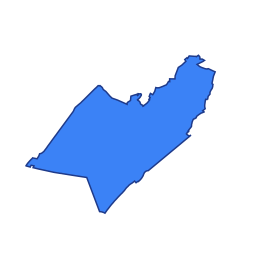 Son en Breugel, Noord-Brabant, Netherlands, rotated 321°
{"feature_id": "6326949B33588539709853", "entity_name": "Son en Breugel", "entity_type": "district", "adm_level": 2, "iso_a3": "NLD", "parent_name": "Netherlands", "parent_adm1": "Noord-Brabant", "projection": "natural_earth1", "projection_center": [5.494, 51.518], "detail": "fine", "context": "isolated", "style": "filled", "palette": "blue", "viewbox_px": 256, "rotation_deg": 321, "n_neighbors": 0, "source": "geoboundaries", "source_scale": "gbopen_adm2", "svg_char_len": 5388}
<svg xmlns="http://www.w3.org/2000/svg" viewBox="0 0 256 256"><g transform="rotate(321 128 128)"><path d="M56.5,179.7L57.5,179.4L59.9,178.7L62.2,178.2L64.6,177.6L66.9,177.1L69.3,176.7L71.7,176.2L74.1,175.9L76.5,175.5L78.9,175.2L81.4,174.9L83.1,174.8L83.3,174.7L85.4,174.4L85.9,174.3L86.4,174.2L87.0,174.0L88.6,173.6L89.3,173.5L90.0,173.4L90.5,173.4L91.6,173.3L92.4,173.1L93.6,173.1L94.2,173.1L94.5,173.1L95.3,173.2L96.7,173.4L99.7,173.4L99.8,175.6L100.6,175.6L102.4,175.8L102.4,176.1L103.1,176.1L103.7,176.1L104.4,176.0L105.0,176.0L105.3,175.9L106.0,175.8L106.3,175.7L106.9,175.6L107.5,175.4L107.8,175.3L108.4,175.1L108.9,174.9L109.5,174.7L109.9,174.5L110.2,174.3L110.7,174.0L111.2,173.7L111.6,173.5L111.9,173.4L112.2,173.2L112.5,173.1L112.8,173.0L113.0,173.0L113.4,172.9L113.8,172.9L114.2,172.9L114.6,172.9L114.8,172.9L115.1,173.0L115.5,173.1L115.8,173.2L116.1,173.4L116.5,173.6L116.9,173.9L172.4,173.2L172.0,173.0L171.2,172.9L170.8,172.8L170.6,172.7L170.4,172.4L170.2,171.8L170.1,171.6L170.0,171.2L169.7,170.1L169.7,169.4L170.2,169.4L170.3,169.3L170.8,169.0L171.0,168.8L171.2,168.7L171.3,168.7L171.5,168.7L171.9,168.8L172.3,169.0L172.6,169.0L172.7,168.9L172.9,168.9L172.9,168.7L172.5,168.6L172.4,168.6L172.7,168.3L173.0,168.2L173.3,167.9L173.5,167.9L173.6,168.0L174.0,167.9L174.0,168.0L174.2,167.9L174.4,167.7L174.5,167.6L174.8,167.6L177.5,167.0L177.8,166.9L178.2,166.8L178.4,166.6L179.0,166.0L179.6,165.3L180.6,164.6L181.4,163.9L181.8,163.6L183.3,162.8L183.6,162.6L184.0,162.5L184.1,162.4L184.4,162.3L184.5,162.3L184.9,162.4L185.0,162.5L185.4,162.7L185.7,162.8L185.9,162.8L186.0,162.8L186.2,162.7L186.4,162.7L186.5,162.7L186.7,162.8L186.9,163.0L187.1,163.0L187.5,162.9L187.9,162.7L188.5,162.2L188.9,162.1L189.6,162.2L190.2,162.2L190.5,162.2L190.9,162.1L191.7,162.2L192.7,162.3L193.6,162.4L193.9,162.4L194.3,162.5L195.7,163.0L197.2,163.4L197.3,163.1L197.2,162.8L196.9,161.6L198.6,161.6L200.1,161.6L200.9,159.9L202.1,158.4L205.4,155.3L206.4,154.6L206.9,155.2L207.0,155.3L207.3,155.4L207.4,155.5L207.5,155.4L208.2,155.4L208.3,155.5L210.1,153.9L210.3,153.8L210.5,153.8L210.7,153.7L213.0,153.3L213.3,153.0L213.8,152.2L214.0,152.0L214.6,151.7L215.2,151.3L216.0,151.0L216.4,150.8L216.7,150.7L217.4,150.5L218.3,150.2L218.6,150.0L219.1,149.7L220.0,149.0L220.4,148.6L220.5,148.5L220.6,148.3L221.5,147.6L221.3,146.7L221.2,146.5L221.3,146.4L221.8,145.8L222.8,145.0L224.4,143.7L225.2,143.0L226.8,141.7L227.4,141.3L229.0,140.4L231.1,139.2L230.1,137.3L227.9,132.7L227.6,132.3L227.4,132.2L227.1,132.1L226.8,132.1L225.9,131.2L225.4,130.6L225.1,130.2L224.2,128.7L223.5,127.6L223.1,126.9L222.8,126.2L222.6,125.9L222.4,125.4L222.4,125.2L222.2,124.6L221.8,122.6L221.7,122.0L227.8,123.4L228.5,123.5L229.0,123.5L230.0,123.6L229.1,121.2L227.3,119.7L228.0,118.8L228.4,118.2L228.5,117.8L228.6,117.5L228.5,115.8L227.4,115.7L226.8,115.6L226.4,115.6L226.0,115.6L225.6,114.8L224.7,114.1L220.9,110.5L220.7,110.5L218.9,111.2L218.0,111.4L218.0,111.2L218.0,110.5L215.2,110.5L215.0,112.6L209.2,113.0L205.2,112.6L197.5,117.1L195.4,119.4L191.3,116.0L189.6,118.2L188.8,117.3L186.8,118.1L185.7,118.4L185.1,118.6L181.9,117.7L181.1,117.5L179.9,117.1L178.6,116.7L178.1,116.5L177.7,116.4L177.3,116.2L177.0,115.9L176.6,115.7L175.7,114.9L175.6,114.7L175.4,114.6L175.1,114.1L174.8,114.3L174.6,114.4L172.2,116.1L171.9,116.3L169.6,117.2L168.2,117.7L167.9,117.0L167.8,116.7L167.7,116.4L167.2,115.2L165.7,116.0L164.2,116.9L164.4,118.2L163.2,118.6L163.2,118.8L162.2,119.0L162.3,119.6L162.4,119.8L161.8,120.0L161.4,120.0L161.0,120.1L160.6,120.2L160.1,120.3L159.8,120.4L159.4,120.5L158.6,120.6L158.3,120.6L157.4,120.6L157.1,120.6L156.6,120.6L156.2,120.6L153.6,120.4L153.6,120.6L153.3,120.5L153.6,120.0L153.7,119.7L153.6,119.3L153.5,119.2L153.4,119.0L153.3,118.6L153.1,118.3L152.9,117.5L152.9,117.3L152.9,117.0L153.0,116.9L153.2,116.4L153.3,116.2L153.6,115.2L153.6,114.8L153.6,114.2L153.5,113.9L153.4,113.6L153.3,113.2L153.1,112.8L153.0,112.6L153.1,112.0L153.4,111.9L153.5,111.9L154.2,112.1L154.7,112.1L155.1,112.0L156.4,111.8L157.2,111.6L157.7,111.4L158.4,111.1L158.8,111.0L159.2,110.7L159.4,110.4L159.5,110.1L159.5,109.9L159.5,109.7L159.5,109.4L159.4,109.3L159.0,109.1L158.1,108.5L157.9,108.2L157.5,107.7L157.0,108.1L156.8,108.6L156.3,108.9L155.8,108.8L155.8,108.5L156.0,108.1L156.5,107.5L154.6,106.8L154.0,106.5L153.2,106.2L150.3,105.1L147.2,108.2L146.4,108.1L144.7,107.9L144.2,107.8L143.5,107.9L143.2,108.0L142.9,108.1L142.7,108.4L142.2,109.0L138.2,101.2L137.6,100.0L136.9,98.8L136.4,98.0L135.1,95.9L134.8,95.4L134.6,95.0L134.4,94.8L134.0,91.7L133.8,85.8L133.0,82.5L133.3,81.1L133.4,80.9L133.4,79.6L132.9,77.4L132.5,77.4L131.8,76.6L131.5,76.3L127.8,76.7L127.7,76.6L126.8,76.7L125.7,76.8L124.7,76.9L111.1,78.3L108.6,78.5L107.1,78.7L104.4,78.7L101.4,78.8L100.8,78.8L100.4,78.8L99.8,78.9L99.5,79.0L98.9,79.2L98.2,79.5L96.7,80.3L96.3,80.5L95.8,80.7L74.4,86.3L73.2,86.6L70.6,87.3L69.8,87.5L68.1,88.0L67.5,88.1L63.3,89.2L60.2,90.0L59.6,90.2L53.4,91.8L53.1,92.0L50.1,92.7L47.8,93.3L44.8,93.2L43.7,92.7L43.1,92.4L41.1,93.6L38.0,94.7L35.2,91.4L35.1,91.2L34.2,91.4L33.6,91.5L33.4,91.4L30.5,91.8L28.8,92.1L27.7,92.3L25.0,93.1L24.9,93.3L27.3,96.6L27.4,96.8L28.2,96.4L29.3,96.0L30.8,97.8L31.1,98.3L29.3,99.1L32.4,103.2L37.3,109.3L42.5,115.8L47.1,120.9L47.4,121.1L48.2,122.1L55.2,129.9L64.0,139.6L64.8,140.5L61.6,150.1L53.4,174.8L53.3,175.1L54.5,176.3L55.1,177.1L56.0,178.5L56.5,179.7Z" fill="#3b82f6" stroke="#1e3a8a" stroke-width="1.5"/></g></svg>